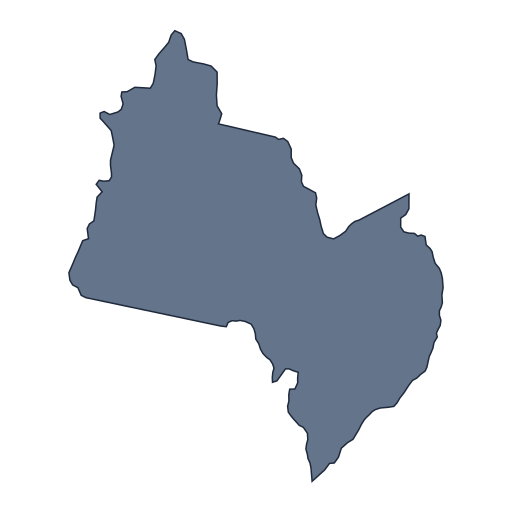 the district of Novo Brasil, Goiás, Brazil
{"feature_id": "56859067B90226026363141", "entity_name": "Novo Brasil", "entity_type": "district", "adm_level": 2, "iso_a3": "BRA", "parent_name": "Brazil", "parent_adm1": "Goiás", "projection": "natural_earth1", "projection_center": [-50.63, -16.056], "detail": "fine", "context": "isolated", "style": "filled", "palette": "slate", "viewbox_px": 512, "rotation_deg": 0, "n_neighbors": 0, "source": "geoboundaries", "source_scale": "gbopen_adm2", "svg_char_len": 2535}
<svg xmlns="http://www.w3.org/2000/svg" viewBox="0 0 512 512"><path d="M437.3,337.0L436.4,333.2L438.1,329.4L440.2,325.5L440.9,320.2L439.4,315.4L439.4,310.7L441.1,307.2L442.4,302.8L441.9,295.1L443.1,287.6L442.4,278.4L441.2,272.9L439.3,268.3L435.2,263.4L433.2,257.1L432.1,251.7L430.2,248.6L426.2,244.9L425.0,236.5L421.1,235.0L417.8,236.2L414.4,233.4L408.8,233.1L403.8,231.8L400.7,227.1L400.7,218.1L405.8,214.5L408.9,208.8L409.0,193.9L359.0,220.1L354.7,221.5L351.5,223.9L348.8,226.5L345.6,231.3L340.0,235.4L333.6,238.9L327.1,237.2L323.4,233.6L321.1,226.1L319.7,219.5L317.7,213.1L315.8,204.9L316.7,198.1L315.5,192.8L303.4,186.3L301.4,181.7L301.8,175.2L299.4,168.9L293.5,163.2L291.2,157.5L291.2,149.0L287.7,141.5L283.4,138.3L278.6,139.4L275.4,137.1L218.5,123.9L220.2,119.0L221.7,113.7L217.1,105.8L216.4,95.1L217.2,83.7L217.1,72.1L211.1,66.0L203.2,63.8L198.6,63.0L192.8,61.8L188.1,59.5L186.5,50.0L184.4,39.3L181.2,33.6L174.8,30.7L171.2,35.0L168.7,42.3L164.0,48.0L158.9,53.8L154.8,59.5L156.1,65.8L155.0,74.7L153.2,83.4L150.3,88.2L134.9,87.3L127.1,91.7L121.8,92.0L121.1,96.3L123.1,103.9L121.3,109.3L118.1,111.9L109.8,114.5L104.1,111.5L100.1,113.1L100.1,118.2L103.5,121.8L111.2,130.6L112.9,138.7L114.1,145.3L110.5,160.2L110.5,165.6L111.5,173.4L111.5,177.0L109.2,180.7L103.6,181.2L99.2,180.3L96.2,184.3L102.1,191.8L97.1,197.1L96.2,203.0L95.6,209.2L94.8,214.9L93.9,220.8L89.4,224.0L87.2,228.5L88.5,238.7L82.7,240.7L78.1,251.7L75.6,257.0L72.7,264.0L68.9,272.7L69.9,280.2L72.6,284.9L77.9,287.7L81.2,295.3L86.0,297.7L221.0,326.1L226.3,326.7L228.1,322.5L232.0,320.7L236.4,321.1L239.9,320.4L245.0,321.4L251.1,324.1L253.9,328.7L255.3,333.6L255.8,339.1L258.7,343.6L260.5,349.2L263.0,353.6L266.8,357.5L270.0,359.8L272.6,363.9L274.0,368.2L272.8,372.3L272.3,377.5L272.5,382.3L276.9,380.9L285.5,368.9L288.9,368.8L293.4,370.8L298.2,372.3L297.6,378.4L297.7,382.8L294.9,389.0L289.7,389.2L288.8,394.5L288.9,401.0L287.6,406.3L288.3,412.1L291.2,416.2L293.8,419.3L296.9,422.7L299.2,425.3L303.3,427.3L307.4,433.2L307.8,439.5L306.5,444.4L305.9,449.0L307.4,454.5L308.0,458.6L310.0,463.0L311.0,468.1L312.1,481.3L324.7,469.9L329.5,463.4L334.3,463.0L338.5,457.1L341.3,448.2L347.6,442.6L353.0,439.3L358.6,430.0L361.5,424.2L364.0,420.2L366.2,417.6L369.2,414.8L372.1,411.7L375.1,409.7L380.2,408.0L384.5,407.6L388.1,407.3L393.9,406.4L397.2,402.6L399.8,398.1L404.1,392.6L408.8,385.3L412.5,380.4L416.9,378.0L420.6,374.4L425.1,371.1L426.9,367.3L427.9,362.6L429.2,356.6L430.8,353.2L432.9,348.2L434.0,342.5L437.3,337.0Z" fill="#64748b" stroke="#1e293b" stroke-width="1.5"/></svg>